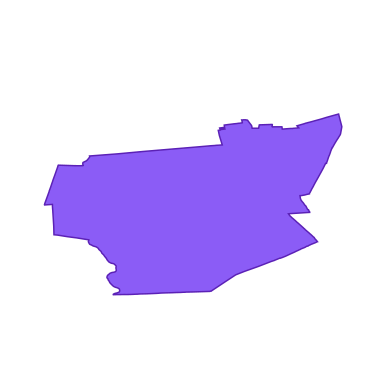 Valeni, Olt, Romania (Robinson projection), rotated 20°
{"feature_id": "2599482B13933733442001", "entity_name": "Valeni", "entity_type": "district", "adm_level": 2, "iso_a3": "ROU", "parent_name": "Romania", "parent_adm1": "Olt", "projection": "robinson", "projection_center": [24.773, 44.228], "detail": "fine", "context": "isolated", "style": "filled", "palette": "violet", "viewbox_px": 384, "rotation_deg": 20, "n_neighbors": 0, "source": "geoboundaries", "source_scale": "gbopen_adm2", "svg_char_len": 5957}
<svg xmlns="http://www.w3.org/2000/svg" viewBox="0 0 384 384"><g transform="rotate(20 192 192)"><path d="M244.1,278.5L244.4,277.9L253.6,265.4L261.4,254.9L268.4,248.7L280.0,239.1L290.3,230.1L293.0,228.0L293.1,227.8L297.2,224.1L297.5,224.1L299.1,222.8L301.9,220.3L305.8,216.4L308.4,213.9L309.2,213.1L310.2,212.0L311.5,210.8L312.3,209.9L313.3,209.0L314.0,208.1L316.4,206.0L317.2,205.2L317.6,204.8L318.1,204.0L318.3,203.8L319.4,203.2L319.6,203.0L319.9,202.5L320.4,201.9L321.2,201.2L321.9,200.4L322.2,200.1L323.0,199.5L323.3,199.2L323.5,199.0L324.4,198.2L325.2,197.5L325.5,197.2L325.8,196.9L326.3,196.3L326.6,196.0L326.9,195.8L325.5,194.9L324.7,194.5L323.7,194.0L323.2,193.7L322.9,193.5L322.8,193.3L322.6,193.1L322.4,193.0L322.0,192.8L321.7,192.8L320.3,192.2L319.9,192.0L318.0,191.2L316.5,190.7L316.0,190.4L315.4,190.2L313.5,189.5L312.5,189.1L311.6,188.8L311.3,188.7L310.3,188.1L309.4,187.9L308.8,187.5L308.5,187.4L308.1,187.3L306.5,186.6L304.7,185.9L303.5,185.4L302.3,184.9L301.9,184.8L301.5,184.7L298.3,183.3L297.9,183.2L297.4,183.0L297.2,182.9L295.6,182.3L294.7,182.0L293.4,181.4L292.4,181.0L291.1,180.2L290.1,179.5L291.5,178.8L300.2,175.0L305.2,172.8L309.6,170.9L309.5,170.6L309.1,170.2L308.7,170.0L308.4,169.8L307.6,168.9L307.4,168.8L307.2,168.8L306.9,168.9L306.6,168.9L305.9,168.2L304.9,167.3L304.5,166.9L304.0,166.4L303.7,166.2L303.1,166.0L302.3,165.6L301.9,165.3L300.4,164.2L300.0,164.0L299.3,163.6L298.9,163.4L297.5,162.5L297.1,162.2L296.9,161.9L296.5,161.5L296.1,161.0L295.2,159.4L294.7,158.5L295.7,158.1L296.1,157.9L298.5,156.5L298.9,156.3L301.0,154.8L301.4,154.6L302.5,153.9L302.8,153.7L302.7,153.6L303.0,152.6L303.3,150.2L303.4,149.7L303.5,148.4L303.7,147.2L303.9,146.2L304.0,145.3L304.1,145.0L304.1,144.6L304.3,143.1L304.7,140.3L305.1,138.0L305.7,134.3L307.1,125.3L307.6,120.9L307.7,120.0L307.8,119.3L308.6,119.1L308.5,118.1L308.5,116.4L308.4,113.2L308.4,111.4L308.5,110.5L308.5,109.2L308.5,108.2L308.5,107.3L308.4,106.6L308.5,103.6L308.5,103.0L308.6,102.3L308.8,102.3L308.8,102.2L309.5,98.0L310.0,95.3L310.5,93.0L310.9,91.4L311.2,89.8L311.7,87.5L311.7,87.1L311.7,86.5L311.4,84.8L310.6,80.1L310.5,79.6L310.4,79.3L309.2,77.5L308.0,75.8L307.5,75.0L306.9,74.2L306.0,72.9L305.3,71.8L304.5,70.7L303.1,68.6L302.8,68.8L299.4,71.2L292.7,76.0L288.9,78.9L286.8,80.4L282.7,83.3L281.6,84.1L279.9,85.3L278.5,86.3L277.4,87.0L276.6,87.6L275.1,88.6L274.3,89.3L268.0,93.9L270.3,95.2L268.9,95.9L267.2,96.7L265.2,97.6L264.6,98.0L263.9,98.2L263.1,98.5L259.3,100.2L256.5,101.5L255.3,102.0L254.7,100.9L254.5,100.5L254.2,100.0L249.7,101.6L245.2,103.3L244.9,103.2L244.7,102.7L244.7,102.2L244.5,101.3L244.4,101.2L244.2,101.1L232.3,105.9L232.5,107.5L232.8,109.3L226.7,111.5L226.2,110.7L225.6,109.6L225.3,109.3L224.7,108.8L222.6,107.5L221.2,106.6L219.6,105.5L218.5,105.7L217.8,105.8L215.5,106.6L214.6,107.2L214.1,107.3L214.8,108.3L215.6,109.7L215.2,110.0L212.6,111.4L212.0,111.6L210.8,112.3L208.3,113.5L207.3,114.0L204.6,115.4L204.0,115.7L202.6,116.4L201.5,117.0L200.9,117.3L200.3,117.6L199.4,118.1L199.7,118.7L200.5,120.1L196.1,122.4L196.9,123.4L201.1,121.2L201.4,121.6L197.2,123.7L197.4,124.1L195.6,125.1L198.5,129.7L204.3,137.4L201.5,138.7L198.9,139.8L197.3,140.6L194.1,142.0L181.0,148.1L132.1,170.7L119.4,176.7L108.6,181.8L83.4,193.2L83.8,193.8L83.8,194.0L83.8,194.4L83.3,195.9L82.8,197.4L82.1,198.8L79.5,201.5L79.5,202.1L79.8,203.1L80.7,204.3L80.5,204.5L78.4,205.4L73.1,207.3L57.2,212.5L57.1,212.9L57.2,214.4L57.3,222.2L57.3,225.1L57.3,226.5L57.3,227.3L57.3,228.5L57.4,229.8L57.4,230.8L57.4,231.7L57.5,235.3L57.5,239.0L57.5,239.7L57.5,240.0L57.6,240.4L57.6,240.8L57.6,241.5L57.6,242.9L57.6,244.8L57.6,247.8L57.6,249.2L57.6,250.9L57.6,251.8L57.6,252.5L57.6,253.1L57.7,254.0L57.7,254.4L57.9,254.6L59.9,253.7L61.0,253.2L62.4,252.6L65.1,251.4L65.5,252.4L65.6,252.7L65.8,253.3L66.3,254.4L66.6,255.1L67.3,256.6L67.8,257.7L68.2,258.7L68.5,259.3L68.7,259.8L73.8,271.5L76.9,279.4L77.7,279.2L80.3,278.5L90.2,276.6L96.5,275.2L99.1,274.6L105.4,273.4L110.1,272.5L111.4,272.2L111.5,272.5L111.5,272.9L111.5,273.6L111.5,273.8L111.6,274.1L111.8,274.4L112.1,274.7L112.5,275.1L112.7,275.3L113.3,275.8L113.5,275.9L113.7,276.1L114.0,276.1L114.4,276.2L114.6,276.2L115.1,276.1L115.3,276.2L115.8,276.2L117.1,276.5L117.7,276.5L118.3,276.5L120.6,276.3L120.8,276.4L121.3,276.4L121.9,276.6L122.4,276.7L122.8,276.9L123.4,277.1L123.5,277.2L123.7,277.4L123.8,277.6L124.1,277.8L124.7,278.1L125.0,278.2L125.4,278.4L126.4,278.7L126.7,278.9L127.3,279.3L127.4,279.5L127.5,279.6L128.0,280.1L128.4,280.4L129.1,280.7L130.0,281.1L130.3,281.2L131.2,281.8L131.8,282.3L132.2,282.5L133.0,283.0L133.6,283.3L133.8,283.5L134.1,283.6L134.8,284.2L135.3,284.7L135.9,285.1L136.3,285.3L137.0,285.7L137.5,286.0L138.0,286.2L138.5,286.3L139.3,286.4L140.0,286.5L140.7,286.5L141.5,286.4L141.8,286.3L142.5,286.2L143.0,286.2L143.4,286.3L145.0,286.9L145.7,287.3L146.0,287.5L146.1,287.8L146.3,288.3L146.4,288.8L146.4,289.2L146.6,289.6L146.9,290.2L147.2,290.6L147.4,291.0L147.6,291.4L147.7,291.8L147.6,292.2L147.4,292.8L147.2,293.2L146.8,293.5L146.3,293.9L145.5,294.4L144.5,294.9L143.6,295.6L142.9,296.3L142.6,296.6L142.0,297.8L141.6,298.4L141.4,298.8L141.2,299.2L141.1,300.2L141.2,301.1L141.3,301.4L141.5,301.7L141.7,301.9L142.1,302.1L142.5,302.2L142.8,302.4L143.0,302.9L143.8,303.7L144.6,304.1L145.1,304.5L145.5,305.1L146.1,305.5L146.9,305.9L148.1,306.5L149.5,307.1L150.4,307.5L151.2,307.6L152.3,307.7L153.0,307.7L153.9,307.6L154.9,307.6L155.8,307.7L156.6,307.9L157.0,308.1L157.5,308.9L157.9,309.6L157.9,310.1L157.9,310.5L157.7,310.9L157.3,311.4L155.9,312.6L155.1,313.1L154.2,313.7L153.4,314.5L153.0,315.1L153.2,315.4L153.5,315.3L156.0,314.3L157.3,313.8L158.4,313.4L163.9,311.3L165.7,310.7L167.2,310.1L169.5,309.2L173.8,307.4L175.8,306.6L176.2,306.4L178.0,305.6L183.9,303.3L191.9,300.0L194.5,298.9L197.3,297.6L202.5,295.5L207.6,293.5L212.2,291.6L215.1,290.5L217.6,289.4L218.6,289.0L220.1,288.4L220.6,288.1L225.8,286.1L242.8,279.3L243.2,279.0L243.6,278.6L244.1,278.5Z" fill="#8b5cf6" stroke="#5b21b6" stroke-width="1.5"/></g></svg>